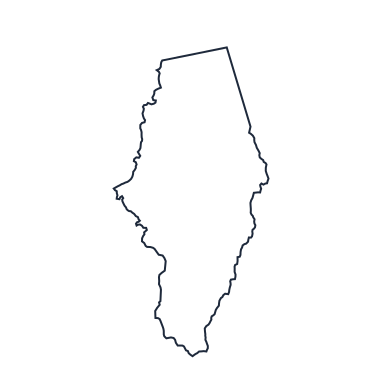 the district of Arneiroz, Ceará, Brazil, rotated 119°
{"feature_id": "56859067B67924871405928", "entity_name": "Arneiroz", "entity_type": "district", "adm_level": 2, "iso_a3": "BRA", "parent_name": "Brazil", "parent_adm1": "Ceará", "projection": "orthographic", "projection_center": [-40.1, -6.242], "detail": "fine", "context": "isolated", "style": "outline", "palette": "slate", "viewbox_px": 384, "rotation_deg": 119, "n_neighbors": 0, "source": "geoboundaries", "source_scale": "gbopen_adm2", "svg_char_len": 3653}
<svg xmlns="http://www.w3.org/2000/svg" viewBox="0 0 384 384"><g transform="rotate(119 192 192)"><path d="M335.3,111.9L333.9,111.3L332.0,110.4L330.4,109.3L328.1,108.5L326.9,106.6L325.5,104.6L324.5,102.1L322.7,102.4L321.1,102.4L319.0,103.5L317.4,105.4L316.1,106.8L314.8,108.6L312.6,109.6L311.3,110.7L309.9,111.4L307.6,113.1L305.1,114.7L302.4,114.5L300.0,113.3L298.2,113.1L295.9,113.2L294.2,113.2L292.9,114.1L291.2,114.5L289.6,113.6L287.9,113.0L285.8,113.5L283.6,114.0L281.3,113.9L278.4,113.4L276.2,114.4L273.8,115.3L270.8,115.3L269.1,114.5L267.0,114.6L264.9,113.7L263.8,110.8L261.5,111.1L259.6,111.9L257.3,112.6L254.5,113.2L253.0,114.1L251.6,115.3L249.8,115.5L248.5,113.9L247.4,112.2L245.1,112.9L243.1,113.9L241.2,116.0L238.2,117.6L236.6,118.6L234.9,118.9L233.1,117.6L230.2,118.7L226.9,120.6L225.5,118.9L223.6,119.1L221.0,120.4L218.4,121.3L216.3,121.3L214.2,121.8L212.2,120.9L210.9,119.6L208.3,118.9L206.4,119.6L204.2,120.2L203.3,118.3L201.7,118.0L199.1,118.8L197.2,120.2L195.6,120.7L194.0,120.0L192.3,119.8L190.3,120.5L189.3,122.1L187.7,123.3L185.5,124.1L184.5,126.1L183.4,127.3L182.9,129.0L181.7,130.6L179.8,131.5L178.2,132.4L175.3,134.3L173.2,135.6L170.6,136.2L167.9,136.2L165.0,136.9L162.7,137.5L161.3,135.5L160.3,134.1L159.4,132.2L157.3,132.8L155.6,133.1L154.3,134.6L152.9,135.8L150.9,135.4L150.9,133.1L149.1,132.0L148.0,130.6L145.6,131.2L143.2,131.6L141.2,133.9L140.0,135.4L137.8,137.7L135.0,139.2L131.8,140.2L131.0,141.7L130.9,143.9L129.6,145.2L129.4,147.4L128.9,149.5L127.1,151.0L125.2,151.6L123.6,153.9L121.9,156.8L119.9,158.8L118.1,161.5L116.3,162.8L114.7,163.6L113.2,166.1L112.6,168.8L112.5,170.8L106.5,172.5L48.7,231.7L91.4,281.8L93.4,281.8L95.7,281.0L97.7,280.0L100.2,280.2L102.5,281.9L102.9,279.3L103.9,277.8L105.7,277.4L107.5,276.8L109.4,275.9L111.2,274.5L112.9,273.2L114.1,271.6L115.8,269.8L118.0,271.6L120.2,273.1L122.1,273.8L124.2,272.7L126.1,272.4L128.5,272.5L130.4,270.4L129.5,268.0L131.5,267.3L133.3,268.2L135.0,270.0L135.2,271.9L135.5,273.7L137.8,274.0L139.3,276.1L141.3,276.2L142.5,274.5L144.4,273.8L147.2,273.4L149.2,271.7L151.0,269.7L151.9,267.9L154.0,267.3L155.8,269.2L158.4,269.7L161.4,268.1L162.4,266.7L164.1,265.1L166.5,263.8L168.6,262.5L169.9,261.2L171.5,260.5L173.2,260.7L175.0,260.0L176.5,259.3L178.6,258.4L180.7,258.3L183.2,258.8L184.6,256.4L185.5,254.8L187.8,255.0L188.7,257.5L191.3,258.5L193.2,257.8L193.2,255.6L194.8,253.8L196.7,253.7L198.1,252.8L200.6,252.8L202.8,253.2L205.0,252.2L207.5,251.6L210.0,251.6L212.5,252.4L214.4,253.3L216.1,254.9L217.9,256.1L219.3,257.4L221.0,258.3L223.0,259.7L224.6,260.7L226.9,262.1L227.7,260.3L227.8,258.2L229.6,257.1L231.0,255.6L232.9,255.2L234.4,254.6L233.5,252.0L231.4,252.2L229.6,251.2L230.7,249.2L232.4,249.4L233.8,248.4L235.2,246.5L236.7,244.3L237.5,242.2L238.6,241.0L239.1,239.5L239.2,237.8L238.5,236.2L239.0,234.1L239.2,231.9L240.3,229.5L240.2,227.1L241.9,225.3L242.4,223.7L243.9,224.2L245.1,225.4L246.9,225.6L248.2,224.2L246.8,223.4L245.6,221.7L245.8,219.3L246.9,217.2L245.6,214.7L247.1,213.1L248.9,213.7L250.5,214.3L252.1,213.1L254.2,213.4L256.7,213.2L259.4,211.8L259.8,209.0L261.6,206.4L261.8,204.7L260.3,201.7L259.7,199.1L259.9,197.2L263.0,190.7L261.8,186.9L263.1,184.2L265.2,181.5L269.1,179.8L274.0,177.7L277.4,179.3L280.3,180.3L282.5,179.6L285.8,177.5L288.6,176.2L290.7,173.3L292.5,171.8L302.8,166.7L304.5,167.3L306.3,165.6L310.1,166.3L313.9,166.5L319.9,162.9L318.8,160.6L318.8,158.8L320.0,157.1L324.2,152.1L325.5,150.7L327.1,149.4L330.3,147.6L331.6,146.3L332.4,143.5L329.4,139.9L328.6,137.3L329.5,135.1L331.7,133.0L333.2,130.1L330.9,125.8L331.0,124.1L333.4,120.5L333.1,118.5L334.6,116.7L335.1,114.3L335.3,111.9Z" fill="none" stroke="#1e293b" stroke-width="2"/></g></svg>